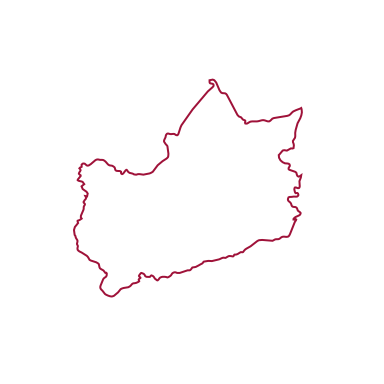 outline of Lékoumou, rotated 39°
{"feature_id": "COG-3344", "entity_name": "Lékoumou", "entity_type": "Region", "adm_level": 1, "iso_a3": "COG", "parent_name": "Republic of the Congo", "parent_adm1": "", "projection": "natural_earth1", "projection_center": [13.496, -3.075], "detail": "fine", "context": "isolated", "style": "outline", "palette": "rose", "viewbox_px": 384, "rotation_deg": 39, "n_neighbors": 0, "source": "natural_earth", "source_scale": "10m", "svg_char_len": 6027}
<svg xmlns="http://www.w3.org/2000/svg" viewBox="0 0 384 384"><g transform="rotate(39 192 192)"><path d="M224.0,58.0L224.4,58.2L225.6,59.2L227.3,61.0L228.7,63.6L229.7,66.5L230.8,72.2L233.5,78.5L235.0,81.1L237.1,83.6L237.9,85.0L238.3,88.8L239.2,89.8L240.5,90.5L241.7,91.5L243.3,94.0L242.8,94.9L241.4,95.9L239.7,100.1L237.3,101.5L236.4,102.7L236.3,108.0L236.2,108.7L238.1,110.6L240.8,111.7L243.7,111.8L246.2,111.2L248.2,109.8L249.4,109.2L250.5,109.2L251.6,110.1L252.0,112.6L252.7,113.4L253.6,113.5L259.1,111.5L259.8,111.3L261.0,111.4L262.8,112.7L264.0,113.2L265.1,113.0L265.8,112.0L266.3,110.2L267.5,112.3L268.7,116.0L272.1,119.7L272.6,120.7L272.7,121.4L272.3,122.0L272.0,122.3L271.4,122.6L269.8,123.1L269.1,123.9L269.4,124.8L270.0,125.7L271.8,127.1L272.7,127.6L273.4,127.6L273.8,127.1L274.5,126.5L275.4,126.5L276.6,127.4L276.8,128.4L276.5,129.5L275.7,130.2L274.0,131.5L272.5,133.1L270.9,134.5L270.4,135.4L270.7,136.4L271.1,137.3L271.9,138.0L272.8,138.3L274.7,138.3L275.7,138.5L276.6,138.9L277.9,139.8L278.9,140.1L279.9,139.9L281.9,138.6L282.9,138.4L283.9,138.6L285.0,139.3L285.9,139.8L287.0,139.9L288.2,139.7L289.7,140.0L290.1,140.9L290.2,142.0L289.8,143.1L288.2,146.3L287.9,147.6L287.8,148.9L288.2,149.5L288.8,149.1L289.8,147.8L290.3,147.8L290.6,148.6L290.8,150.7L294.6,162.9L295.0,164.8L294.8,166.1L294.1,167.0L293.3,167.7L291.7,168.7L290.9,169.4L290.3,170.2L289.9,171.1L289.6,172.6L289.4,173.3L289.1,173.9L288.7,174.4L287.3,175.6L286.5,176.4L286.1,177.3L285.9,177.8L285.3,179.2L276.7,185.1L274.5,187.2L274.0,188.1L273.6,189.1L271.7,197.3L269.9,201.9L269.5,203.3L269.4,205.2L269.5,206.2L269.4,206.7L269.1,207.1L267.9,207.9L267.5,208.6L266.5,211.5L265.9,212.5L265.3,213.2L264.6,213.7L264.4,214.0L264.4,214.6L264.6,215.2L264.5,216.1L264.1,216.5L262.6,217.3L261.5,218.1L261.0,218.6L260.6,219.3L259.7,221.7L259.5,222.1L257.6,223.4L257.1,224.1L256.6,225.0L255.8,226.7L255.3,227.5L250.9,233.2L250.6,233.4L249.9,233.9L248.0,235.3L245.5,238.1L245.0,238.7L245.0,239.2L244.9,239.5L245.0,239.7L245.0,240.3L244.9,241.2L244.0,243.2L243.4,244.8L242.1,247.8L241.3,248.8L240.0,250.2L239.8,250.5L239.8,250.9L239.9,252.4L239.8,253.6L239.6,254.1L239.2,254.6L237.9,255.6L233.4,262.6L231.3,264.3L230.5,264.5L229.4,265.0L228.8,265.6L228.4,266.2L228.1,266.9L227.9,267.5L227.9,268.2L228.0,268.9L228.1,269.8L228.0,270.8L227.4,272.6L227.0,273.4L226.6,273.9L225.3,274.4L224.3,275.0L222.6,276.3L221.8,277.3L221.2,278.4L221.0,279.2L221.1,281.1L220.9,282.3L220.4,282.6L219.9,282.7L219.3,282.6L218.1,282.7L217.5,282.6L215.7,282.0L214.9,281.9L214.0,282.0L212.9,282.4L212.7,283.0L212.7,284.4L212.2,284.9L210.3,286.4L209.4,286.7L208.7,286.8L208.1,286.6L207.6,286.3L206.8,286.1L205.9,286.0L204.3,286.5L203.7,286.7L203.4,287.1L203.3,287.3L203.3,287.7L203.4,289.9L203.6,290.6L204.2,290.9L204.8,291.0L205.4,290.9L205.8,291.0L206.0,291.2L206.0,291.4L205.6,293.0L205.7,293.6L206.1,294.0L207.1,294.5L207.1,294.9L206.8,295.8L205.9,297.6L204.9,298.9L203.8,300.0L203.4,301.0L203.3,302.0L203.3,303.2L203.1,304.4L202.4,306.1L199.2,309.7L198.3,311.1L197.7,312.4L197.7,313.4L197.7,315.5L197.7,316.6L196.7,321.7L196.1,322.8L195.5,323.6L195.0,324.0L193.5,324.8L191.8,325.4L189.8,325.9L188.5,326.0L184.6,325.1L182.8,324.9L182.0,324.7L181.1,324.2L180.4,323.4L179.9,322.4L177.9,315.8L177.8,314.8L178.0,313.7L178.3,312.7L178.5,311.7L178.2,310.6L177.6,309.7L177.1,309.0L176.3,308.7L175.6,309.4L174.8,309.2L172.5,308.7L169.6,309.2L168.5,309.2L167.6,308.8L165.0,306.7L163.6,306.6L161.8,306.9L156.6,308.9L155.1,309.2L152.3,308.1L151.3,307.9L150.4,307.8L144.3,308.5L142.1,309.0L140.8,309.1L139.6,308.9L138.8,308.3L138.2,307.5L137.8,306.6L137.3,305.8L136.7,305.5L136.1,305.2L135.6,305.0L135.1,304.5L134.7,303.6L134.2,302.6L133.4,301.7L130.6,300.7L129.6,300.0L129.2,299.6L127.8,299.2L124.2,295.8L123.0,292.9L123.0,287.8L121.7,287.0L121.2,286.3L121.8,285.3L122.2,284.7L123.0,282.1L121.5,281.6L120.6,280.3L118.8,274.0L118.3,273.1L117.3,271.8L117.0,271.1L116.8,269.6L116.5,268.9L116.0,268.6L114.5,268.4L114.0,268.0L113.7,266.0L113.8,264.3L113.4,263.1L111.6,262.3L113.2,261.4L111.9,258.8L109.9,258.2L105.2,258.5L102.6,257.1L103.3,253.7L100.6,253.0L99.6,253.3L97.2,254.5L95.8,254.8L95.4,254.2L95.4,249.6L94.9,249.1L93.8,249.2L92.6,249.0L92.1,247.8L92.0,246.3L91.7,245.2L90.9,244.7L89.6,244.5L89.6,243.6L90.4,241.9L89.0,240.2L89.2,238.8L89.5,238.4L90.0,238.0L90.6,237.6L91.0,237.5L93.3,237.6L94.0,237.4L94.4,237.1L94.7,236.7L95.0,236.4L95.8,234.0L96.9,228.1L97.1,227.6L97.4,227.0L97.9,226.3L98.3,226.0L98.7,225.7L100.3,224.9L102.1,223.5L102.7,223.1L103.4,222.9L104.2,222.8L105.7,222.8L109.2,223.4L110.0,223.4L110.7,223.3L111.3,223.1L113.3,221.9L113.7,221.8L114.9,221.6L115.6,221.6L116.3,221.6L116.9,221.9L118.4,223.0L119.0,223.2L119.9,223.1L120.9,222.5L122.5,221.3L123.4,220.9L124.1,220.9L124.9,221.9L125.5,222.2L126.4,222.1L126.7,221.6L126.9,220.8L126.8,217.1L127.0,216.1L127.3,215.9L128.0,216.0L129.7,216.5L130.6,216.5L131.5,216.4L134.2,215.1L135.1,214.9L135.9,214.8L137.7,213.7L138.8,212.1L140.0,211.1L143.3,209.1L147.4,204.2L148.3,202.4L148.8,200.9L148.5,192.8L149.7,186.6L151.2,182.0L151.3,181.3L151.4,180.2L151.0,179.1L150.3,178.1L149.6,177.1L144.1,171.9L143.3,171.6L141.6,171.4L139.0,170.6L138.2,170.1L137.8,169.3L137.5,168.4L137.0,166.2L136.1,164.5L135.9,163.8L135.9,162.6L136.2,162.0L136.8,161.5L138.4,160.8L139.3,160.2L140.9,158.6L141.8,158.0L143.7,157.8L144.7,157.3L145.0,156.5L144.9,155.5L142.4,149.0L141.8,146.8L140.5,127.4L141.0,103.9L142.0,97.7L142.1,96.4L141.6,95.4L140.9,94.9L140.1,94.9L139.2,95.3L138.4,95.8L137.6,96.1L136.9,95.9L136.1,95.1L135.3,94.1L137.4,91.6L139.0,91.1L141.9,91.7L149.5,95.7L152.0,96.4L153.3,96.1L155.6,94.5L156.9,94.3L158.1,94.6L178.8,103.5L180.9,103.8L183.1,103.1L185.7,103.6L186.3,103.6L188.0,103.0L188.7,103.2L189.7,104.9L190.4,105.2L191.6,104.3L192.1,103.2L192.5,102.0L193.1,100.6L194.3,99.3L198.1,96.2L199.1,95.1L200.9,92.6L202.0,91.4L203.4,90.6L206.3,89.5L207.5,88.6L208.0,87.3L208.3,84.4L209.1,83.0L218.1,72.9L219.1,71.4L219.5,70.0L219.7,67.3L220.0,65.7L221.3,63.0L223.8,58.7L224.0,58.0Z" fill="none" stroke="#9f1239" stroke-width="2"/></g></svg>